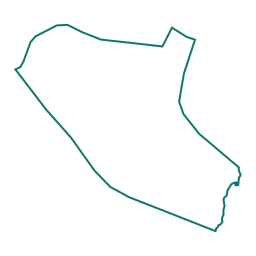 Sant Katrin, Janub Sina', Egypt
{"feature_id": "37247803B38427943153509", "entity_name": "Sant Katrin", "entity_type": "district", "adm_level": 2, "iso_a3": "EGY", "parent_name": "Egypt", "parent_adm1": "Janub Sina'", "projection": "equal_earth", "projection_center": [34.29, 28.647], "detail": "fine", "context": "isolated", "style": "outline", "palette": "teal", "viewbox_px": 256, "rotation_deg": 0, "n_neighbors": 0, "source": "geoboundaries", "source_scale": "gbopen_adm2", "svg_char_len": 915}
<svg xmlns="http://www.w3.org/2000/svg" viewBox="0 0 256 256"><path d="M15.4,69.4L45.9,109.3L70.9,137.5L94.5,170.6L110.4,187.0L129.5,197.4L135.7,199.8L215.5,231.1L215.8,230.7L216.0,228.9L216.1,228.6L217.6,227.3L218.3,225.4L220.2,224.7L222.5,221.8L221.9,219.9L222.1,217.6L223.5,214.8L223.4,210.7L223.8,208.5L224.7,205.6L224.2,204.5L224.0,202.2L223.5,200.3L223.9,198.2L225.3,196.7L226.8,195.3L227.1,192.5L227.5,190.5L229.2,187.6L230.3,185.8L231.3,184.4L232.6,183.4L234.3,182.8L236.4,182.4L237.0,183.5L236.0,184.1L235.3,184.4L235.7,185.3L236.8,185.3L238.2,184.9L238.4,183.2L238.6,180.7L239.0,177.4L240.1,176.0L240.6,175.1L240.0,173.3L238.7,170.3L238.8,168.3L238.9,167.5L199.0,133.7L183.5,114.1L179.1,101.7L183.9,73.6L195.0,39.7L186.5,36.8L172.0,27.7L162.4,46.5L132.0,43.0L101.0,39.6L82.9,32.5L67.5,24.9L56.8,25.4L35.3,36.5L30.5,42.2L23.4,61.6L20.2,67.2L15.4,69.4Z" fill="none" stroke="#0f766e" stroke-width="2"/></svg>